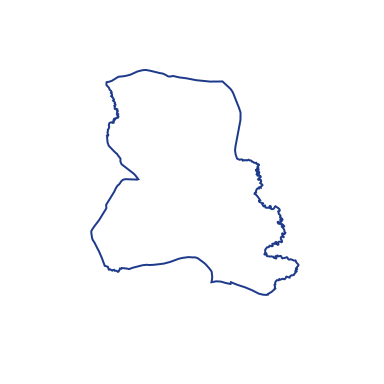 Sila Lat, Si Sa Ket, Thailand (Robinson projection), rotated 122°
{"feature_id": "78962969B41735347341952", "entity_name": "Sila Lat", "entity_type": "district", "adm_level": 2, "iso_a3": "THA", "parent_name": "Thailand", "parent_adm1": "Si Sa Ket", "projection": "robinson", "projection_center": [104.084, 15.49], "detail": "fine", "context": "isolated", "style": "outline", "palette": "blue", "viewbox_px": 384, "rotation_deg": 122, "n_neighbors": 0, "source": "geoboundaries", "source_scale": "gbopen_adm2", "svg_char_len": 5993}
<svg xmlns="http://www.w3.org/2000/svg" viewBox="0 0 384 384"><g transform="rotate(122 192 192)"><path d="M229.9,70.2L229.8,70.9L228.7,71.1L226.9,72.9L226.7,72.9L226.2,72.4L224.8,73.4L223.8,73.6L222.2,73.4L221.7,73.2L221.2,72.1L220.8,71.6L219.6,71.8L219.5,70.6L217.5,69.1L217.2,67.8L216.9,67.3L215.5,66.9L214.3,67.2L213.7,67.0L213.5,66.5L212.9,63.9L212.0,64.2L209.9,63.5L209.2,62.4L208.2,61.6L207.4,61.8L205.1,61.4L204.6,62.3L204.2,62.5L203.9,62.3L203.6,61.6L202.8,62.6L201.9,62.0L201.7,62.3L202.0,63.1L201.7,63.4L200.6,62.8L199.9,63.2L198.1,62.8L197.5,63.0L197.1,63.7L196.3,66.5L195.4,67.5L195.2,68.0L196.1,69.1L196.6,72.5L197.6,73.4L197.9,74.1L197.8,75.2L197.1,76.3L197.0,76.8L197.3,77.3L198.0,77.7L200.4,80.2L200.3,80.8L199.3,82.3L199.2,82.8L199.4,83.2L200.9,84.7L200.6,85.8L200.7,86.1L201.1,86.2L202.2,86.0L202.1,87.0L202.3,87.1L203.3,85.5L203.7,85.4L203.9,85.6L204.4,87.6L203.9,88.9L204.2,89.5L204.6,90.7L205.4,91.7L206.6,94.4L206.3,95.0L205.3,95.6L204.7,96.5L204.9,96.7L206.3,96.9L206.5,97.3L206.4,97.6L204.5,97.8L202.3,99.3L199.2,99.1L198.1,97.7L196.8,97.8L196.3,97.6L195.8,95.7L195.2,95.0L194.7,95.1L193.7,96.3L193.4,96.4L192.5,95.5L192.3,94.5L192.1,94.2L191.5,94.2L190.6,94.7L190.2,94.6L189.8,94.0L189.9,93.5L191.2,93.1L191.4,92.8L191.3,91.2L190.9,90.9L190.3,91.1L189.5,92.3L188.2,92.0L187.3,90.8L187.1,89.4L186.8,89.3L186.4,89.3L185.9,89.8L185.2,90.5L184.8,91.7L183.6,92.5L182.8,92.5L182.3,92.2L182.0,91.7L181.9,90.5L181.5,90.4L181.3,90.7L181.0,92.2L180.5,92.8L179.5,93.5L179.1,93.3L179.0,91.7L178.7,91.3L178.0,91.1L177.1,91.2L176.8,92.4L175.1,93.8L174.3,95.6L173.9,97.3L173.4,97.9L173.1,97.9L172.9,97.7L172.7,95.9L172.5,95.7L172.1,95.7L171.5,97.9L171.5,98.6L173.0,101.7L172.9,102.4L172.3,103.3L171.9,103.4L171.6,103.1L171.5,101.3L171.1,100.8L169.4,100.6L169.3,101.9L169.0,102.4L168.5,102.5L168.1,102.3L167.9,102.0L168.0,100.8L167.5,100.6L166.9,101.6L166.9,103.9L166.6,104.1L165.7,104.0L165.1,104.6L164.8,105.4L164.7,106.6L164.5,106.9L163.6,107.5L162.8,108.6L162.4,108.5L161.7,107.8L161.2,107.8L160.7,108.2L160.1,109.1L159.9,110.8L159.9,113.7L160.4,113.9L162.7,113.8L163.8,114.6L164.3,115.4L164.3,116.1L162.5,117.5L162.4,118.3L162.5,118.5L163.1,118.6L163.9,117.7L164.4,117.6L164.8,119.0L165.4,119.6L166.2,121.3L165.9,121.9L164.8,122.9L165.0,123.3L166.1,123.6L166.1,124.1L165.2,125.8L164.0,125.7L163.9,125.9L164.3,127.0L164.7,129.4L164.6,129.9L164.1,130.5L163.9,130.6L162.8,129.9L161.3,133.4L160.4,136.1L160.4,138.0L159.3,138.2L158.4,137.4L157.6,138.1L156.1,138.5L154.3,138.4L153.5,137.1L152.5,137.6L152.3,137.5L151.9,135.9L151.0,136.5L149.0,135.8L148.5,136.3L148.3,138.9L146.9,138.8L145.7,139.5L145.4,139.8L145.5,140.6L146.4,142.0L146.3,142.6L144.9,142.6L144.0,141.9L142.8,141.7L142.4,142.0L142.2,142.7L143.4,145.0L143.3,145.4L143.0,145.5L142.2,144.6L141.7,144.7L141.9,145.6L142.6,146.3L142.6,146.6L141.3,146.6L141.1,145.7L140.5,145.2L140.0,145.2L139.5,145.6L139.4,146.0L139.5,146.4L140.5,147.8L139.7,149.3L139.3,149.5L138.9,149.2L139.0,147.7L138.4,147.2L137.8,147.4L137.9,148.7L137.6,149.2L137.2,149.2L136.8,148.5L136.5,148.4L136.3,148.6L136.2,149.4L136.0,149.8L135.0,149.7L134.2,150.1L133.8,149.5L133.3,149.8L133.3,150.6L133.9,152.1L133.2,153.0L133.8,153.8L134.3,154.9L134.1,156.1L134.5,157.2L134.1,157.8L134.1,158.8L134.2,159.2L134.7,159.9L134.7,161.2L136.1,162.1L136.3,163.1L137.2,163.9L137.5,165.1L138.4,165.5L137.9,167.0L139.5,168.9L139.8,171.5L137.2,174.7L134.0,177.5L130.5,179.2L105.4,189.0L99.4,192.6L98.4,193.5L95.4,197.2L86.4,209.4L85.2,211.4L84.1,214.2L82.1,224.7L88.8,235.2L95.0,247.8L98.5,256.9L101.5,263.4L103.7,269.7L105.3,271.2L106.5,273.2L106.6,273.6L106.6,276.0L107.1,279.7L108.1,282.0L111.4,291.9L112.9,295.7L115.0,298.6L118.8,302.2L124.7,306.1L127.1,308.2L129.7,310.9L133.3,315.5L140.2,318.9L142.3,320.6L144.1,322.6L145.5,322.0L146.6,321.2L147.6,317.8L149.0,315.8L149.2,314.2L150.0,313.0L150.6,313.3L150.9,313.3L151.0,312.7L151.4,312.3L151.6,311.5L152.2,311.2L153.4,311.3L153.2,310.4L153.8,310.1L153.7,309.5L154.2,308.8L154.3,308.3L154.7,307.8L154.9,307.2L155.3,307.0L156.2,307.4L156.5,306.9L156.4,306.5L156.9,304.9L157.1,304.6L158.0,304.4L158.1,303.6L158.4,303.2L158.7,303.1L159.9,303.5L160.2,302.7L160.8,302.8L161.5,302.1L162.3,301.7L162.4,301.2L161.6,300.3L161.5,299.2L162.4,299.1L162.5,298.1L162.8,297.8L163.4,298.1L163.8,297.7L164.9,297.5L165.1,297.0L164.9,296.4L165.0,296.0L166.1,296.4L166.1,295.7L166.9,294.4L167.2,294.3L167.5,294.8L167.8,294.3L168.3,294.2L169.6,295.6L170.7,295.6L170.6,296.4L171.5,296.9L172.0,296.8L172.5,296.0L173.2,296.3L173.5,295.8L174.1,296.0L174.6,295.2L174.8,295.2L175.4,295.9L175.4,297.0L175.9,297.4L176.2,297.9L177.5,298.6L179.7,297.8L180.3,297.0L180.9,296.6L182.5,296.2L183.8,296.4L184.9,295.5L186.1,295.4L188.2,293.1L188.5,293.1L188.9,294.0L189.5,294.0L190.1,293.1L190.9,292.8L194.8,289.8L196.9,287.1L198.5,280.9L199.4,276.6L199.3,275.9L200.0,274.7L201.4,270.8L201.8,270.2L204.0,268.9L205.2,267.4L205.8,266.3L207.3,251.4L207.8,249.2L209.6,244.3L210.5,245.0L216.3,255.1L217.9,256.8L219.5,257.5L220.6,257.7L222.6,257.7L224.4,257.9L225.8,258.5L228.8,258.6L233.3,258.1L248.2,258.0L248.6,257.9L250.9,256.2L251.5,256.0L265.2,255.9L272.4,256.6L276.9,256.8L278.6,256.6L280.2,255.6L283.9,252.4L285.1,251.0L286.9,247.3L289.8,242.6L291.5,239.6L295.5,233.8L300.8,226.9L300.0,223.7L301.9,221.5L301.9,221.2L301.0,220.7L300.9,219.9L301.0,218.8L300.8,217.8L299.9,217.6L299.3,216.9L299.7,215.7L299.1,214.9L298.8,213.7L299.0,212.8L298.5,212.6L298.4,212.2L297.7,212.3L297.4,212.1L295.0,212.5L294.6,211.3L293.7,211.3L291.5,206.8L290.7,204.5L287.5,202.0L280.3,195.1L277.9,192.1L276.3,189.1L274.2,186.1L267.8,178.1L262.8,173.4L255.5,167.7L252.8,165.0L249.0,160.4L247.3,157.1L246.0,155.1L245.4,153.6L245.1,152.0L245.7,144.6L246.0,142.3L247.7,136.6L248.7,134.0L249.3,133.0L253.2,129.9L255.5,128.7L258.2,127.7L254.9,124.1L253.4,121.4L252.6,119.8L251.4,115.5L249.6,110.6L247.9,111.2L246.7,104.5L244.7,96.4L243.5,89.3L242.8,81.4L241.5,77.5L240.0,74.6L238.7,73.2L238.3,73.6L234.6,71.6L229.9,70.2Z" fill="none" stroke="#1e3a8a" stroke-width="2"/></g></svg>